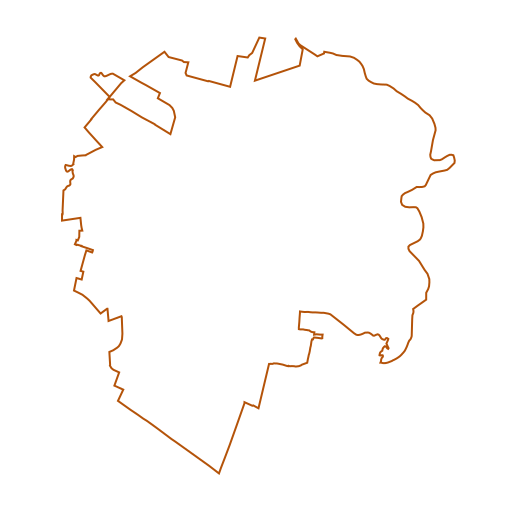 outline of Giroc, Timis, Romania, rotated 272°
{"feature_id": "2599482B4901779350201", "entity_name": "Giroc", "entity_type": "district", "adm_level": 2, "iso_a3": "ROU", "parent_name": "Romania", "parent_adm1": "Timis", "projection": "robinson", "projection_center": [21.239, 45.682], "detail": "fine", "context": "isolated", "style": "outline", "palette": "amber", "viewbox_px": 512, "rotation_deg": 272, "n_neighbors": 0, "source": "geoboundaries", "source_scale": "gbopen_adm2", "svg_char_len": 6020}
<svg xmlns="http://www.w3.org/2000/svg" viewBox="0 0 512 512"><g transform="rotate(272 256 256)"><path d="M431.8,380.7L431.8,375.1L432.0,370.9L432.5,367.7L433.8,364.9L435.2,362.4L437.0,360.4L439.4,359.4L442.7,358.3L446.5,357.3L449.5,355.9L451.5,354.5L453.8,352.6L455.5,350.3L457.5,347.0L458.7,343.0L459.0,335.2L459.6,330.2L459.6,329.5L461.1,325.8L461.7,322.7L462.3,318.3L462.5,317.1L460.8,316.9L457.7,310.4L459.5,307.6L468.2,293.0L469.8,291.1L474.6,288.2L474.0,287.7L470.4,289.7L467.1,292.3L464.2,295.5L447.8,293.0L431.2,248.8L473.7,257.6L474.4,251.7L458.8,245.1L456.5,242.3L454.1,240.8L455.2,230.6L424.2,224.2L429.3,202.7L428.9,202.1L434.0,180.4L436.5,179.2L447.2,181.6L447.3,177.2L448.8,175.2L451.8,161.7L456.9,157.4L440.7,136.3L436.7,131.6L434.8,129.4L431.2,123.9L425.3,135.2L422.9,140.1L415.5,154.3L410.2,152.4L403.8,164.3L401.0,167.2L398.2,168.8L391.8,170.4L374.8,166.2L383.7,150.5L384.1,150.3L390.5,137.2L396.6,126.4L402.4,115.3L404.5,110.4L407.5,107.8L407.5,107.3L407.4,102.6L409.8,104.3L409.9,104.2L424.0,115.2L427.0,118.3L433.2,106.6L433.2,105.9L432.9,104.4L432.4,103.4L431.1,100.9L430.6,99.8L430.3,98.7L430.3,98.3L430.4,97.9L431.2,96.9L433.4,95.2L433.6,94.9L433.6,94.3L433.2,93.7L432.8,93.4L431.4,92.9L430.9,92.4L430.8,91.9L430.9,91.5L432.0,89.2L432.2,88.6L432.2,88.1L431.7,86.8L431.1,85.7L430.8,85.2L430.4,85.0L429.6,84.6L428.8,84.5L428.5,84.5L424.2,89.2L410.0,104.1L407.0,101.8L406.8,102.1L404.5,100.4L396.6,94.0L387.0,86.5L386.8,86.7L378.5,80.2L373.6,84.7L366.0,92.1L359.5,98.5L356.5,92.1L351.0,82.5L350.7,82.3L350.4,78.8L349.8,74.2L348.6,72.2L349.4,70.8L345.9,70.8L341.9,70.1L341.4,70.4L340.2,69.2L339.7,68.5L339.5,67.6L339.6,66.7L339.6,66.1L340.2,63.4L340.3,62.6L339.3,62.2L338.4,62.1L337.4,62.2L334.7,63.2L333.9,63.9L333.7,64.5L333.9,65.2L334.4,65.9L335.6,67.3L336.2,68.3L336.4,69.1L335.9,69.6L335.1,69.9L334.7,69.6L332.3,70.0L330.4,70.8L329.5,71.0L328.7,70.9L327.1,70.2L325.9,68.4L325.4,68.0L325.0,67.8L323.7,67.7L321.7,68.0L321.3,68.0L320.8,67.8L320.2,67.3L319.9,67.0L319.4,65.6L319.0,64.9L318.0,64.1L316.0,63.0L314.8,61.3L294.9,61.1L291.9,61.3L290.9,61.2L290.9,60.7L284.6,60.9L288.0,79.2L280.7,80.2L278.2,80.7L275.3,81.5L275.1,78.6L268.9,78.7L265.4,77.4L265.8,76.0L264.9,76.0L261.4,74.6L260.9,75.7L261.2,75.8L260.9,76.8L260.9,76.7L260.8,76.8L261.0,77.3L260.4,79.5L260.1,81.2L259.7,81.1L258.0,87.0L256.2,92.8L254.7,92.5L253.8,92.1L255.7,86.3L251.0,85.0L235.0,81.2L234.3,84.0L226.4,82.6L227.7,77.4L215.1,75.3L213.4,79.2L211.2,83.9L207.5,88.9L205.5,91.2L193.1,102.7L198.1,109.0L198.1,109.4L187.7,110.7L185.9,110.9L191.1,123.6L190.2,124.0L173.7,125.2L168.1,125.0L167.0,124.7L163.8,123.6L162.5,122.9L161.0,122.0L159.5,120.4L156.8,116.6L155.0,112.8L142.1,114.0L141.4,113.8L138.8,115.5L137.3,117.5L134.9,123.3L121.5,119.0L117.8,128.0L106.4,123.1L97.8,136.1L93.2,143.5L89.6,148.9L87.5,152.6L81.2,162.0L70.2,177.8L67.7,181.8L44.5,216.7L37.4,226.6L43.1,228.4L53.2,231.9L66.2,236.3L84.5,242.1L108.4,249.6L109.5,249.6L106.2,257.6L106.6,258.4L103.9,263.8L148.6,272.8L148.6,273.8L148.8,274.4L148.7,274.8L148.8,276.5L149.3,277.4L149.3,281.0L148.4,286.5L147.2,290.7L147.0,292.1L147.4,292.3L147.0,293.8L147.2,295.1L147.2,296.7L147.2,297.8L146.9,299.6L147.4,302.7L148.2,304.6L149.0,305.7L151.1,310.9L155.1,311.5L156.6,311.8L159.0,312.2L160.4,312.6L162.5,313.0L166.4,313.5L168.1,313.9L172.6,314.4L174.6,314.9L174.6,315.8L176.5,316.6L176.6,317.5L176.5,318.1L176.3,321.0L176.0,323.5L175.9,324.5L176.1,325.1L178.0,325.1L179.8,325.3L179.7,322.5L179.9,319.3L179.4,316.8L181.8,317.0L181.9,314.9L182.2,313.8L182.9,312.6L183.5,311.8L183.6,310.4L183.8,309.5L183.9,307.9L184.1,306.5L184.3,305.7L184.2,302.6L184.4,301.4L185.9,301.3L191.8,301.6L196.1,301.7L200.4,301.9L202.1,301.9L201.9,303.9L201.8,305.2L201.7,306.8L201.9,309.1L201.9,310.4L201.7,312.4L201.6,314.5L201.7,316.7L201.7,318.8L201.5,323.3L201.6,325.7L200.9,330.4L200.3,332.4L190.6,345.7L182.2,356.7L181.6,357.7L180.9,358.8L180.7,359.6L180.6,360.2L180.6,361.1L180.8,362.1L181.2,363.5L182.0,365.4L183.2,367.6L183.4,370.3L183.3,371.5L182.4,373.3L181.5,374.6L180.5,375.9L180.5,377.0L181.4,378.7L182.0,380.3L181.6,381.4L180.9,382.2L178.1,384.1L177.4,385.0L177.0,386.1L176.8,386.9L176.8,387.6L177.3,388.1L178.3,388.7L178.6,389.7L177.8,391.1L177.1,391.0L173.0,389.4L171.5,390.2L171.1,390.3L170.6,390.6L170.0,390.9L168.5,391.7L167.8,391.3L168.3,390.4L169.7,389.3L170.2,388.6L170.3,387.8L169.5,387.0L168.3,386.1L167.5,385.8L165.7,385.5L165.2,384.7L164.2,383.7L163.5,383.3L161.5,382.9L161.1,382.9L160.9,383.6L161.2,384.6L161.2,386.0L160.7,386.3L159.8,386.3L158.4,385.2L157.5,384.9L156.9,384.7L155.2,384.6L153.8,384.1L153.8,384.8L153.4,386.5L153.4,388.6L153.8,390.4L154.2,391.7L155.8,395.4L156.6,396.6L157.1,397.7L158.5,400.1L159.7,401.8L160.8,403.2L161.9,404.3L163.0,405.3L163.7,405.8L164.3,406.4L166.3,407.9L167.7,408.6L170.2,409.7L172.7,410.6L174.4,411.1L176.8,412.1L177.9,413.1L178.8,413.6L180.8,414.3L181.8,414.4L198.3,414.3L202.3,414.4L203.4,414.8L204.6,415.2L205.6,415.3L206.6,415.3L208.5,414.9L212.0,419.3L218.3,427.6L225.2,427.4L228.9,429.2L231.7,430.0L235.7,430.2L239.0,430.0L244.2,428.0L248.1,424.9L256.8,419.1L266.2,409.3L268.5,408.1L270.7,408.0L272.3,409.4L276.4,417.1L278.2,419.3L279.5,420.1L282.0,421.1L286.4,421.9L290.4,422.3L294.2,422.1L300.6,420.2L306.1,417.7L309.4,415.6L310.3,414.1L310.3,411.5L310.0,407.6L310.4,403.4L312.2,400.3L315.2,399.0L319.3,399.3L320.9,399.5L322.5,400.8L324.1,402.8L325.3,405.4L327.5,409.6L330.6,414.2L330.6,416.7L330.8,419.7L331.5,422.1L332.8,423.2L338.3,425.6L343.1,427.7L344.7,430.1L345.9,432.6L346.8,436.2L348.0,441.5L348.8,444.1L350.7,446.3L355.9,451.1L358.3,451.3L361.2,450.6L363.6,449.7L364.0,447.7L363.9,446.0L362.6,443.5L361.1,441.2L359.1,438.4L358.2,436.3L358.1,433.8L357.9,430.8L358.7,428.8L359.4,427.6L361.2,426.9L363.3,426.6L366.5,427.2L378.0,428.8L387.9,431.1L390.4,430.9L394.3,429.7L399.5,427.3L402.7,424.6L405.3,420.2L407.6,417.5L409.9,415.1L412.5,412.8L414.8,409.5L416.5,406.5L418.6,402.2L420.7,399.2L423.0,395.5L425.6,390.8L428.2,387.7L430.6,383.6L431.8,380.7Z" fill="none" stroke="#b45309" stroke-width="2"/></g></svg>